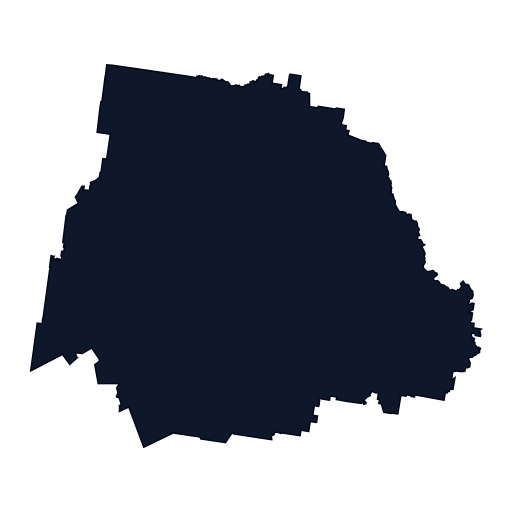 outline of Narrabri, New South Wales, Australia
{"feature_id": "25037944B38691483406712", "entity_name": "Narrabri", "entity_type": "district", "adm_level": 2, "iso_a3": "AUS", "parent_name": "Australia", "parent_adm1": "New South Wales", "projection": "orthographic", "projection_center": [149.591, -30.328], "detail": "fine", "context": "isolated", "style": "filled", "palette": "ink", "viewbox_px": 512, "rotation_deg": 0, "n_neighbors": 0, "source": "geoboundaries", "source_scale": "gbopen_adm2", "svg_char_len": 5946}
<svg xmlns="http://www.w3.org/2000/svg" viewBox="0 0 512 512"><path d="M30.7,370.9L62.5,354.4L69.8,364.4L77.4,357.6L76.7,357.3L76.7,356.6L76.1,356.1L75.8,352.7L82.2,353.5L91.7,348.0L99.4,359.3L99.1,361.5L94.8,364.7L98.2,383.6L117.9,383.6L118.7,384.5L118.7,385.2L117.4,386.6L116.7,388.2L118.0,392.9L116.4,396.2L116.8,397.3L118.5,397.3L119.1,397.8L121.1,403.7L120.9,404.8L119.3,405.8L119.6,407.4L119.4,411.4L128.8,407.1L143.8,447.2L173.2,433.0L200.2,437.0L200.7,438.9L225.5,442.6L232.1,432.8L233.1,433.2L233.5,433.9L271.8,439.7L271.9,439.1L271.2,438.2L271.9,435.1L273.4,435.1L274.1,434.4L274.4,433.0L275.2,432.3L277.8,432.3L280.7,433.5L281.6,432.9L300.1,435.7L300.9,430.2L308.7,431.5L310.2,421.5L315.9,422.4L316.0,422.0L316.6,422.1L317.5,416.0L312.8,415.2L314.3,405.7L318.6,406.4L318.9,405.7L319.6,401.0L318.9,400.9L319.2,398.5L329.5,400.2L330.2,396.0L336.7,397.0L336.3,399.5L346.2,401.3L361.1,403.4L362.3,402.3L363.2,403.1L363.7,404.3L365.8,403.7L366.1,403.1L366.0,402.5L364.3,400.8L364.5,399.6L367.4,396.9L370.3,395.6L369.8,393.2L371.3,392.8L371.7,391.4L372.2,391.1L374.5,392.6L378.4,393.1L377.5,399.2L379.5,399.5L378.8,403.5L381.3,403.9L383.8,412.3L390.7,413.4L390.7,412.9L397.8,414.0L400.8,395.9L400.4,395.3L406.0,396.2L406.2,394.8L411.2,395.6L411.2,396.4L414.5,397.0L414.8,394.8L444.0,400.2L445.3,392.6L447.3,392.9L447.6,391.3L449.3,391.5L449.8,389.0L452.9,389.5L455.0,377.6L451.5,380.0L452.3,375.3L451.8,375.2L452.1,373.1L452.7,373.2L453.0,371.0L455.6,371.4L455.7,370.8L461.3,371.7L462.4,371.3L463.9,371.6L464.3,371.1L464.9,371.1L465.6,367.5L467.7,367.8L468.1,367.2L469.7,366.9L470.2,363.0L468.4,358.7L468.4,358.3L469.4,357.5L472.2,357.2L473.1,356.3L475.8,355.0L477.0,353.6L479.4,352.6L479.7,352.0L479.4,350.4L480.4,348.9L480.4,348.3L479.2,347.8L478.3,348.4L478.5,347.2L476.7,347.4L476.4,346.3L474.9,344.7L474.7,344.0L475.0,342.9L474.7,342.3L472.7,341.2L473.9,340.5L474.5,338.7L472.9,337.8L472.3,337.9L471.3,335.5L471.8,333.1L475.6,333.7L475.2,335.5L480.4,336.4L480.7,334.3L479.7,333.3L480.3,332.6L479.8,331.2L479.8,330.4L481.3,329.1L473.4,327.8L474.1,323.4L470.2,322.8L470.7,320.0L471.4,320.1L472.5,313.0L468.5,312.3L468.6,311.4L469.9,310.9L470.1,311.4L471.7,310.2L473.0,309.9L474.0,303.6L472.1,303.1L469.6,304.4L468.0,304.5L468.0,303.3L469.5,301.9L469.1,300.2L469.5,299.4L472.2,298.3L473.1,295.5L472.6,291.1L470.7,289.6L470.5,288.6L470.0,288.5L468.9,285.3L468.4,285.4L467.6,284.4L466.7,284.3L465.9,285.3L464.8,283.7L463.9,283.3L464.2,282.6L463.0,281.1L460.8,283.2L460.5,284.0L461.3,285.2L461.3,286.8L459.5,289.5L458.9,289.9L457.9,289.5L456.7,290.8L455.0,291.1L454.4,290.2L453.5,290.3L452.5,289.5L450.0,290.4L448.7,289.2L448.5,288.3L447.6,287.3L446.3,287.0L444.2,285.3L441.0,284.6L440.3,284.0L439.3,282.2L437.7,280.7L435.3,281.0L433.7,279.9L433.4,278.9L433.8,277.6L437.1,275.1L437.4,274.2L436.6,273.0L434.6,272.4L433.3,270.5L427.4,271.8L423.8,268.4L423.1,266.8L423.2,265.9L425.2,262.1L424.6,259.7L424.8,257.5L424.0,255.7L424.8,254.9L425.1,254.0L423.5,249.6L421.7,246.8L421.9,245.9L422.8,246.1L424.7,244.8L422.3,243.4L422.2,241.8L421.6,241.5L420.8,239.8L420.0,239.6L418.8,240.0L417.7,238.7L416.9,238.4L417.6,237.6L417.9,236.2L419.6,235.4L418.4,232.3L418.5,231.0L419.2,229.9L418.9,228.3L417.6,226.9L417.3,223.3L416.1,221.1L414.9,221.3L413.3,220.4L412.5,220.5L411.4,219.0L411.6,218.0L411.2,217.4L411.0,214.6L408.6,214.1L407.5,215.0L406.7,214.9L406.2,213.4L405.1,212.4L402.3,211.6L400.7,211.9L398.8,211.1L395.1,204.4L395.3,200.8L394.0,199.1L393.9,197.7L393.3,196.8L393.4,195.9L392.7,194.0L391.5,193.8L390.9,193.0L391.5,191.5L391.0,190.5L391.7,188.0L390.8,185.4L391.3,183.1L390.9,182.5L391.0,181.1L389.4,179.9L388.9,178.1L387.5,176.8L388.6,174.5L388.1,171.1L387.4,170.7L386.6,166.4L384.1,166.0L385.7,155.5L381.0,147.7L378.7,149.1L378.0,148.5L378.9,146.9L380.1,146.2L378.5,143.6L372.7,142.7L372.6,143.5L365.7,142.1L365.8,141.3L360.9,140.3L348.0,135.1L348.5,131.6L348.9,131.5L349.0,130.7L345.6,130.2L346.3,125.7L342.1,125.0L341.0,121.4L342.0,121.5L343.2,117.6L344.3,109.3L336.5,108.1L335.1,109.0L318.2,106.3L318.0,107.9L309.6,106.5L309.5,93.7L308.7,93.5L307.1,92.1L302.0,91.8L299.9,89.2L299.1,89.0L300.9,75.8L290.1,74.2L289.9,75.5L289.5,75.4L287.6,87.2L286.5,87.2L285.9,88.2L284.6,87.2L284.0,87.6L284.0,88.5L283.2,88.2L282.5,88.8L281.6,88.5L280.8,88.9L281.5,84.7L272.1,83.2L273.3,75.4L268.5,74.6L268.8,72.9L268.1,74.0L265.4,74.2L265.3,75.4L262.9,76.5L261.9,76.2L261.6,77.4L260.5,77.4L260.0,76.7L259.4,76.9L258.4,77.7L258.4,79.5L256.8,80.0L256.2,81.5L254.5,81.7L253.5,80.8L252.7,80.9L251.6,81.9L250.2,82.0L250.2,84.2L247.7,84.2L247.1,85.4L246.0,84.9L245.4,85.4L245.1,85.1L244.7,87.0L243.4,86.4L241.3,87.0L240.1,86.4L239.2,85.3L237.4,85.6L235.8,84.9L234.8,85.8L234.0,85.6L231.1,86.0L229.2,84.2L229.5,83.6L227.5,81.8L226.6,82.0L224.6,81.2L222.3,79.3L221.1,79.5L220.9,80.3L219.7,80.6L218.1,80.5L216.8,79.0L214.5,78.8L213.5,79.1L213.0,78.7L211.0,79.1L209.2,77.9L208.6,78.2L204.6,76.9L204.1,77.0L203.5,78.1L202.7,77.6L202.7,76.9L202.0,75.9L201.1,76.3L199.3,75.8L196.9,76.3L196.3,77.6L195.5,77.9L194.5,77.3L186.3,76.0L112.8,65.3L106.7,64.8L105.5,76.0L105.2,76.0L102.0,101.0L101.0,101.6L100.1,106.8L97.1,132.3L110.3,134.2L106.7,159.1L102.9,158.6L101.1,171.8L100.1,172.5L99.3,178.3L98.2,178.1L96.4,179.9L90.4,182.6L91.3,184.8L90.1,185.4L89.4,190.5L82.7,189.7L83.9,188.2L84.2,186.3L82.8,186.1L81.7,186.6L77.8,193.6L75.3,197.3L76.5,198.7L76.5,199.4L78.4,203.3L67.4,210.0L66.7,215.5L66.1,215.4L62.8,242.5L64.2,242.9L63.6,247.2L64.5,247.0L63.8,251.5L61.7,251.2L61.0,256.0L61.9,256.1L61.4,259.6L60.7,259.9L60.0,259.4L60.3,260.5L60.0,261.0L59.3,260.9L59.0,260.3L59.6,260.0L59.4,259.4L58.1,259.5L58.2,259.0L57.9,258.8L58.1,258.1L57.1,259.2L56.4,258.5L55.3,259.5L54.1,258.8L53.2,259.6L53.1,259.2L53.6,258.6L53.2,258.4L52.7,258.8L52.5,258.5L53.6,257.8L54.0,256.7L53.2,257.2L53.1,256.6L52.4,256.7L52.5,256.0L51.1,255.7L49.6,267.4L51.0,267.6L49.7,269.5L42.9,319.3L42.7,319.1L42.1,323.8L37.2,323.1L30.7,370.9Z" fill="#0f172a" stroke="#020617" stroke-width="1.5"/></svg>